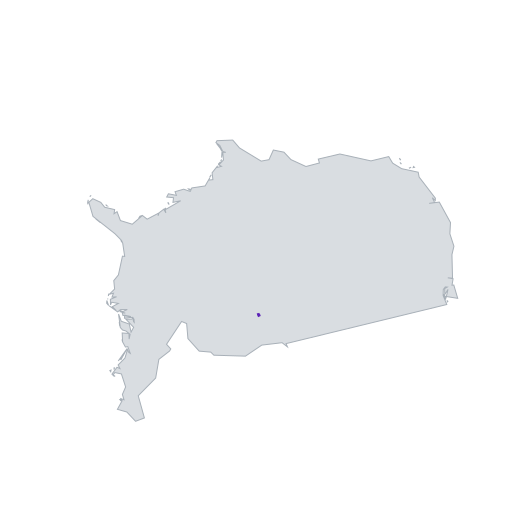 location of Ramsey, Minnesota, United States of America, rotated 155°
{"feature_id": "52423323B15495736799264", "entity_name": "Ramsey", "entity_type": "district", "adm_level": 2, "iso_a3": "USA", "parent_name": "United States of America", "parent_adm1": "Minnesota", "projection": "orthographic", "projection_center": [-93.118, 45.006], "detail": "fine", "context": "in_parent", "style": "filled", "palette": "violet", "viewbox_px": 512, "rotation_deg": 155, "n_neighbors": 0, "source": "geoboundaries", "source_scale": "gbopen_adm2", "svg_char_len": 4109}
<svg xmlns="http://www.w3.org/2000/svg" viewBox="0 0 512 512"><g transform="rotate(155 256 256)"><path d="M398.5,187.8L421.8,179.1L425.6,156.4L435.0,157.1L439.0,169.2L446.4,175.6L438.5,181.4L438.7,183.8L436.4,181.5L435.6,187.0L429.5,192.4L427.8,206.0L433.2,210.0L435.8,208.6L434.5,206.5L435.6,207.3L436.5,209.8L429.0,213.9L426.9,211.5L427.0,215.5L417.9,218.9L412.0,225.5L412.1,222.6L411.1,220.9L410.5,228.0L412.8,228.7L413.2,234.5L409.8,242.8L403.9,239.5L406.1,234.3L403.2,238.2L405.5,242.9L408.2,245.3L409.2,248.5L405.1,261.5L405.7,253.8L399.6,247.9L401.4,239.8L397.0,243.1L400.6,253.6L395.4,251.3L393.8,252.0L394.7,248.3L394.4,247.3L393.3,250.2L393.6,252.5L401.5,255.2L400.2,257.5L396.4,254.4L395.0,254.0L399.8,257.7L401.7,258.3L401.2,261.2L398.6,259.5L402.7,263.0L402.0,263.7L400.0,261.9L395.3,261.9L401.5,264.7L405.0,263.8L410.2,273.0L405.8,266.0L407.6,270.8L400.8,271.2L406.4,275.1L408.5,273.2L406.3,278.3L399.6,278.0L403.9,279.6L400.9,282.5L405.1,283.3L398.1,285.8L395.3,293.8L388.7,297.0L377.1,312.3L375.2,311.1L371.4,323.9L371.3,326.9L374.4,335.7L387.0,360.8L384.8,375.3L379.7,376.9L374.0,370.2L372.5,364.1L364.5,357.8L366.8,354.3L363.2,354.9L363.9,345.4L354.7,337.1L341.8,340.7L339.1,335.4L326.2,336.0L327.8,333.8L325.6,336.1L319.8,337.4L319.5,333.2L318.7,336.3L300.9,337.9L308.6,339.7L306.1,343.7L312.0,347.2L309.1,349.4L302.5,344.6L302.2,348.5L293.3,347.1L288.3,342.3L285.4,344.8L272.5,341.0L264.9,346.3L266.8,344.8L262.8,343.4L260.6,350.0L252.6,354.0L254.5,352.8L249.4,351.9L251.1,354.2L244.9,356.8L242.3,364.0L239.6,362.7L241.9,364.8L242.1,371.5L244.4,375.7L242.6,377.0L228.1,370.9L225.3,360.9L211.2,339.8L203.5,337.8L195.5,344.7L186.8,338.3L183.6,328.6L172.9,316.0L159.2,313.5L158.6,317.5L136.9,313.0L111.6,293.6L93.7,290.0L92.9,282.4L87.1,273.6L73.6,263.4L74.8,258.6L69.0,232.6L70.1,230.5L71.6,234.3L71.5,229.0L76.8,230.5L67.1,227.4L65.6,204.1L70.9,194.2L72.5,181.2L77.8,174.5L87.3,152.8L91.4,155.2L87.0,152.1L90.7,146.7L89.0,146.1L91.1,132.4L100.6,138.8L96.1,144.6L101.2,141.3L98.8,146.7L95.8,147.0L97.5,148.0L100.4,146.5L103.1,141.1L103.6,131.4L265.8,163.9L265.9,160.4L269.0,166.4L288.4,172.8L307.9,169.7L336.1,183.9L337.6,188.0L347.7,193.8L352.6,209.9L347.4,224.1L351.1,228.1L374.4,213.8L372.5,207.8L374.5,206.4L387.7,203.4L398.5,187.8ZM421.3,220.9L425.2,219.1L411.9,226.6L422.5,218.9L421.3,220.9ZM102.3,137.0L102.4,141.1L102.1,141.6L101.1,138.2L102.3,137.0ZM244.2,374.5L242.5,368.5L242.7,365.2L242.9,368.7L244.2,374.5ZM439.6,181.6L440.1,183.5L439.3,183.3L439.6,181.6ZM288.5,344.0L288.9,345.4L287.4,344.3L288.5,344.0ZM77.9,270.9L79.8,270.8L79.8,271.0L77.9,270.9ZM76.2,269.7L75.3,270.5L74.9,269.4L76.2,269.7ZM432.7,213.1L431.9,214.6L431.5,214.4L432.7,213.1ZM244.0,362.1L242.8,364.8L245.6,359.7L244.0,362.1ZM383.2,352.5L385.6,357.4L382.8,352.0L383.2,352.5ZM85.6,278.3L86.0,280.0L85.4,278.4L85.6,278.3ZM385.8,375.9L384.3,377.8L386.6,373.9L385.8,375.9ZM411.3,276.3L410.0,278.7L410.5,273.4L411.3,276.3ZM102.0,133.6L101.6,134.6L101.2,133.9L102.0,133.6ZM251.1,355.3L248.3,356.4L251.2,354.9L251.1,355.3ZM436.6,212.5L436.9,213.9L435.6,213.9L436.6,212.5ZM84.6,282.2L84.7,284.1L84.3,282.3L84.6,282.2ZM247.5,357.4L246.4,358.0L247.4,357.0L247.5,357.4ZM408.9,250.9L407.8,254.1L409.0,249.7L408.9,250.9ZM264.0,347.5L262.2,348.5L264.8,346.7L264.0,347.5ZM371.9,325.2L371.8,327.5L371.5,326.0L371.9,325.2ZM405.8,283.6L405.3,284.1L406.7,282.1L405.8,283.6ZM346.5,339.7L344.4,341.1L343.5,341.0L346.5,339.7ZM318.9,337.1L318.5,337.5L317.3,337.5L318.9,337.1ZM370.1,364.6L370.5,366.1L369.7,364.3L370.1,364.6ZM313.4,340.5L313.1,342.0L312.9,339.4L313.4,340.5ZM381.1,380.3L379.8,380.6L381.5,380.0L381.1,380.3ZM413.1,235.5L412.6,237.1L413.1,234.9L413.1,235.5ZM408.8,279.4L408.2,280.1L408.8,279.4Z" fill="#d9dde1" stroke="#a8b0b8" stroke-width="1"/><path d="M279.0,200.4L278.4,200.4L277.9,200.4L277.7,200.4L277.6,200.6L277.6,201.0L277.8,201.2L277.8,201.5L277.8,202.0L277.8,202.4L277.8,202.5L278.0,202.6L277.9,202.6L278.0,202.6L278.3,202.3L278.8,202.3L278.9,202.5L279.0,202.6L279.2,201.9L279.2,201.7L279.2,201.3L279.2,201.2L279.2,200.7L279.2,200.4L279.0,200.4Z" fill="#8b5cf6" stroke="#5b21b6" stroke-width="1.5"/></g></svg>